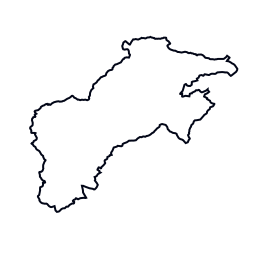 Song Ma, Son La, Vietnam (Equal Earth projection), rotated 101°
{"feature_id": "81297802B25580956843795", "entity_name": "Song Ma", "entity_type": "district", "adm_level": 2, "iso_a3": "VNM", "parent_name": "Vietnam", "parent_adm1": "Son La", "projection": "equal_earth", "projection_center": [103.658, 21.099], "detail": "fine", "context": "isolated", "style": "outline", "palette": "ink", "viewbox_px": 256, "rotation_deg": 101, "n_neighbors": 0, "source": "geoboundaries", "source_scale": "gbopen_adm2", "svg_char_len": 5768}
<svg xmlns="http://www.w3.org/2000/svg" viewBox="0 0 256 256"><g transform="rotate(101 128 128)"><path d="M40.0,139.8L42.8,141.1L45.7,142.0L45.8,142.3L45.7,142.7L43.3,146.9L43.3,147.3L45.0,148.8L46.8,148.9L48.6,149.3L51.0,148.2L51.6,147.7L51.7,146.2L51.0,144.6L50.8,143.4L51.2,142.7L52.3,141.9L54.8,141.2L55.6,140.1L56.2,140.0L58.7,140.5L58.9,142.8L59.8,144.8L61.0,145.2L61.3,145.9L62.0,146.3L64.9,147.5L67.6,151.3L68.1,152.6L70.0,153.9L71.3,154.1L71.9,154.6L73.4,154.5L74.0,155.0L74.8,157.1L76.0,158.5L78.3,159.7L80.5,159.9L81.1,160.6L82.0,162.3L82.6,162.9L83.4,164.3L86.1,165.8L87.2,166.8L88.7,167.3L89.5,167.8L90.4,168.6L91.8,170.2L94.2,170.3L95.4,169.6L97.6,171.2L100.0,171.8L100.9,171.9L103.5,171.6L105.0,172.3L106.5,171.7L107.4,171.9L108.3,172.9L108.5,173.4L108.3,175.3L108.9,176.9L109.0,178.6L109.8,180.3L109.5,182.0L109.8,182.7L108.7,185.1L108.5,186.5L107.5,187.6L107.1,188.3L107.0,188.8L107.2,189.3L108.6,190.3L109.7,191.4L110.9,193.2L113.5,195.9L113.8,196.8L114.6,197.9L115.0,199.5L115.2,199.9L115.0,201.1L115.5,202.8L116.8,205.5L118.4,207.4L120.0,208.5L120.1,209.1L119.7,210.1L120.4,210.4L120.5,211.3L119.9,211.6L119.7,211.9L120.4,213.4L121.8,214.7L122.2,215.6L123.3,216.9L124.0,217.5L125.2,217.7L127.5,219.5L128.8,222.4L129.5,222.8L130.6,222.2L131.5,220.7L132.3,221.7L133.0,222.1L134.3,221.1L134.8,221.2L135.4,223.0L136.4,223.3L137.0,223.8L138.6,223.8L141.1,222.5L143.3,222.2L143.9,222.4L145.6,223.9L146.5,224.1L147.3,223.9L147.5,223.4L149.0,222.4L151.0,222.1L151.2,221.8L150.6,218.2L150.7,217.8L151.5,218.2L152.2,218.0L155.1,215.6L156.5,215.6L157.3,216.1L158.7,217.9L159.1,218.1L160.3,218.2L161.0,219.4L161.7,219.7L162.6,218.0L163.6,217.1L164.3,215.3L165.9,214.2L166.5,213.5L167.5,210.8L168.1,210.1L170.6,208.0L171.6,206.0L172.6,205.7L174.7,204.2L175.2,202.9L175.7,202.8L176.9,203.5L180.5,204.2L182.9,203.8L183.8,203.4L186.1,203.7L187.4,204.6L188.1,206.5L188.8,206.6L191.1,205.4L191.8,205.4L192.7,205.1L194.1,203.4L194.8,203.1L195.3,202.3L196.0,200.9L195.9,200.1L196.2,199.5L197.3,199.0L197.7,199.4L197.6,200.6L198.0,201.1L199.5,200.6L200.9,200.6L201.6,200.9L203.0,202.9L204.9,202.7L205.7,202.4L210.0,202.4L210.7,202.4L212.0,203.4L212.7,203.3L215.1,201.2L216.1,201.1L217.5,199.6L218.0,198.5L218.2,197.7L218.2,195.2L217.8,193.6L218.1,192.7L219.7,190.7L220.3,189.1L220.3,188.4L220.1,187.7L218.7,185.2L222.8,183.4L223.9,181.8L223.2,180.0L222.6,179.4L220.2,177.8L219.3,176.5L218.8,174.7L217.0,173.5L216.7,171.9L214.6,170.6L212.8,168.5L212.6,167.2L212.2,166.7L211.5,166.6L210.7,166.8L210.4,168.0L210.0,168.2L209.0,167.6L207.9,166.0L207.0,165.8L206.9,165.3L207.5,163.4L206.0,161.4L205.0,158.3L204.8,156.2L204.5,155.7L199.9,159.8L197.6,160.4L193.5,162.2L193.3,161.0L193.9,158.1L194.5,154.2L194.4,151.0L194.8,149.7L194.6,149.0L193.2,148.0L192.0,147.4L189.6,146.8L188.0,148.1L185.9,150.5L185.0,150.3L183.1,150.9L182.5,151.4L181.2,149.6L179.2,148.9L177.0,146.5L176.6,147.7L175.6,147.9L174.8,150.0L174.3,150.0L172.3,149.3L172.3,148.2L172.8,147.0L172.6,146.7L171.5,146.6L169.3,145.0L167.0,143.7L166.5,143.8L165.9,144.3L164.6,144.7L163.8,144.4L162.7,142.9L162.1,142.5L160.4,142.7L159.1,140.8L158.3,140.8L158.1,140.6L157.5,138.9L156.1,139.8L155.2,139.8L153.1,138.9L149.9,138.3L148.4,135.4L147.5,134.8L147.2,131.1L146.5,130.2L144.7,130.1L143.9,129.2L142.2,126.4L140.2,124.5L139.3,120.0L138.5,117.9L136.4,116.5L134.6,114.6L134.4,112.8L133.7,112.0L133.3,111.0L133.3,109.4L132.2,108.1L132.1,107.5L131.4,106.2L130.2,104.8L128.1,103.1L127.9,102.6L127.0,101.8L126.0,101.4L124.0,100.0L123.1,99.6L121.0,97.5L120.5,97.3L119.0,97.4L118.0,96.1L117.6,95.2L117.8,91.6L119.5,89.7L121.6,88.7L122.4,87.4L123.4,86.3L123.5,85.2L124.2,83.0L124.1,80.4L124.5,79.2L125.6,78.6L127.9,76.6L128.5,75.7L128.9,74.5L129.0,72.8L129.3,72.2L129.4,71.6L131.8,68.5L130.6,66.6L128.2,66.1L127.0,65.4L126.4,65.4L125.4,66.5L123.5,67.7L121.9,66.9L120.8,67.3L119.5,67.1L118.3,67.4L115.7,66.9L114.7,66.4L113.2,66.4L111.2,64.9L108.9,64.6L107.8,63.9L107.2,61.9L105.9,58.6L101.4,56.0L100.7,55.7L98.8,53.7L98.1,53.4L96.9,53.5L95.5,52.9L93.9,51.4L92.0,51.3L90.6,48.9L89.9,48.4L88.1,47.8L87.8,47.9L87.8,49.6L87.4,51.2L87.0,51.9L85.6,52.7L84.6,55.9L84.3,56.1L83.8,55.8L83.6,55.9L82.6,59.3L80.4,59.0L78.7,56.7L77.0,55.3L75.4,57.1L74.8,57.2L76.3,58.4L78.6,61.7L78.8,62.3L78.9,62.7L78.4,63.9L77.2,65.3L77.1,65.9L77.7,66.8L77.9,68.2L78.1,68.6L79.1,69.1L81.0,71.7L81.8,71.9L82.0,72.8L82.6,73.8L85.2,73.8L85.4,77.2L85.6,78.1L86.8,80.2L86.7,80.9L84.0,81.4L84.6,82.9L84.6,83.2L84.2,83.3L81.0,81.4L74.8,80.8L73.8,79.6L73.8,79.4L74.9,78.3L75.2,77.0L74.9,75.0L73.4,73.7L70.7,74.1L70.1,73.4L69.1,70.9L68.0,68.9L66.4,69.8L65.1,68.3L63.0,67.9L62.6,67.4L62.0,65.9L62.1,65.1L62.4,64.2L62.1,63.8L60.7,63.1L60.6,62.4L60.6,58.9L60.4,58.3L59.3,57.2L58.7,56.0L58.3,53.0L58.0,52.3L56.4,50.9L55.1,46.2L54.9,43.8L55.0,43.3L54.7,42.5L54.6,41.1L55.1,40.0L56.3,38.6L57.2,37.1L56.9,36.6L52.1,32.5L50.2,31.9L49.0,32.0L45.9,35.2L45.1,36.6L44.8,38.0L44.0,39.7L43.3,42.0L43.4,43.7L42.0,43.2L40.1,41.9L39.5,41.8L38.2,44.5L39.8,45.3L41.9,47.2L43.1,53.1L43.6,54.1L43.9,55.3L44.3,56.0L44.3,58.0L44.7,60.2L44.7,60.9L44.1,61.9L44.3,65.4L43.7,66.4L43.3,66.6L42.2,68.6L41.9,70.2L42.6,73.2L43.5,74.1L43.3,74.9L42.6,75.5L42.8,77.3L42.4,78.7L42.6,79.9L42.2,80.9L42.9,82.4L42.7,82.8L42.8,83.5L42.3,84.7L42.3,86.6L43.7,89.8L43.7,92.6L43.9,93.6L43.1,96.2L43.3,98.0L42.8,101.3L42.4,102.4L41.4,103.8L39.9,105.0L39.5,105.0L38.3,104.1L37.6,103.0L36.9,102.8L35.2,104.7L34.7,106.1L34.1,107.1L32.2,107.8L32.1,108.2L32.3,108.7L32.4,110.0L33.2,110.9L33.5,112.1L34.2,113.0L34.5,115.3L34.8,116.0L34.9,117.1L35.3,118.4L34.7,119.3L34.9,120.0L34.6,121.0L34.7,121.9L34.3,123.5L34.9,124.1L35.5,126.3L36.7,127.8L36.8,128.3L36.7,129.5L37.0,131.2L36.9,131.9L37.5,132.4L39.2,134.8L39.3,135.7L39.2,137.4L39.9,138.8L40.0,139.8Z" fill="none" stroke="#020617" stroke-width="2"/></g></svg>